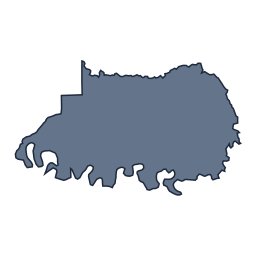 Santo Ângelo, Rio Grande do Sul, Brazil (orthographic projection)
{"feature_id": "56859067B98456999895328", "entity_name": "Santo Ângelo", "entity_type": "district", "adm_level": 2, "iso_a3": "BRA", "parent_name": "Brazil", "parent_adm1": "Rio Grande do Sul", "projection": "orthographic", "projection_center": [-54.307, -28.25], "detail": "fine", "context": "isolated", "style": "filled", "palette": "slate", "viewbox_px": 256, "rotation_deg": 0, "n_neighbors": 0, "source": "geoboundaries", "source_scale": "gbopen_adm2", "svg_char_len": 4060}
<svg xmlns="http://www.w3.org/2000/svg" viewBox="0 0 256 256"><path d="M200.7,63.4L198.1,63.2L196.2,64.9L192.3,64.4L189.9,66.0L188.8,67.1L186.0,65.4L183.0,65.4L178.6,66.7L176.4,69.2L174.7,68.3L172.3,69.6L170.4,70.4L169.6,72.2L167.0,73.4L164.9,73.7L165.3,75.6L162.9,78.0L160.5,75.6L158.0,77.5L155.7,78.0L154.7,76.9L152.8,78.0L151.1,78.4L148.3,78.2L147.6,76.5L145.0,76.3L143.6,77.6L142.0,77.2L140.4,75.6L139.0,75.9L136.9,74.8L134.7,75.9L132.3,76.5L131.1,75.5L128.8,75.8L125.8,75.3L122.6,76.6L120.4,76.4L116.5,73.3L114.9,73.7L114.0,75.4L112.3,75.0L110.6,75.7L105.8,74.8L104.3,75.2L103.8,72.5L100.6,70.4L99.3,72.9L99.7,74.6L98.6,77.2L97.2,75.7L94.5,75.2L92.4,76.1L89.4,74.6L90.5,72.5L90.6,70.5L89.2,69.5L86.3,68.8L84.0,66.0L84.9,63.5L83.8,61.6L81.9,61.0L81.9,82.6L82.1,91.5L82.2,94.8L61.4,95.5L61.6,108.9L61.0,113.7L58.5,114.3L56.0,114.6L53.3,115.8L50.9,116.7L48.1,117.5L46.4,119.2L45.4,121.5L43.4,123.3L42.2,125.0L38.3,129.5L36.9,131.7L35.4,133.0L32.1,134.4L29.8,136.1L26.3,136.9L22.9,139.2L22.1,141.4L22.6,143.4L20.4,144.3L19.5,147.4L18.8,148.8L16.9,150.6L15.4,154.1L15.9,157.7L17.9,159.1L23.5,160.2L25.4,165.2L27.3,167.6L32.3,166.8L32.5,164.7L31.4,162.4L27.5,157.8L26.6,155.3L26.0,150.3L26.0,148.1L26.5,146.3L27.9,144.5L29.7,143.2L31.6,142.7L33.4,143.3L34.8,144.8L33.1,151.0L34.1,158.8L36.2,164.3L38.5,166.9L41.7,166.4L43.0,165.3L42.6,162.0L40.6,156.2L40.8,154.2L41.7,152.2L44.3,151.0L49.6,150.6L54.9,152.8L55.9,153.9L57.6,158.2L57.6,162.4L58.1,164.8L56.6,165.8L52.5,162.9L50.4,162.9L48.5,164.4L47.5,166.2L46.3,170.2L44.9,173.8L48.1,171.3L53.2,167.9L56.3,169.5L56.9,171.3L55.4,177.6L59.5,179.0L63.8,180.3L66.3,179.5L70.9,177.3L70.6,168.5L71.9,169.5L75.6,178.1L77.6,179.1L79.9,177.6L82.4,172.9L85.7,169.7L87.6,166.2L90.5,165.1L93.2,166.9L93.1,169.2L91.9,171.3L88.7,174.6L88.6,176.7L90.4,184.6L92.7,185.4L96.6,179.4L99.7,177.8L101.7,178.3L102.4,180.0L102.5,182.8L102.8,186.1L105.3,186.0L107.6,186.2L109.4,186.4L112.3,187.6L113.5,185.1L115.0,183.3L115.5,179.6L116.0,177.2L116.0,174.7L116.3,171.9L116.9,169.6L118.5,168.3L121.1,167.3L123.2,167.5L124.9,168.7L124.2,170.8L123.5,173.3L125.5,175.5L128.0,176.1L130.3,176.1L132.7,175.1L133.2,173.0L133.1,170.8L132.7,168.0L132.4,166.2L134.2,164.7L136.9,164.3L138.8,163.9L140.7,163.8L142.5,164.3L143.6,165.7L143.7,168.1L142.1,169.9L140.1,170.5L138.4,170.9L137.1,172.0L137.2,173.8L138.1,175.4L138.7,177.8L139.3,180.3L141.2,181.8L143.0,182.4L144.2,184.1L145.4,186.3L146.5,188.1L147.1,189.6L149.6,190.1L151.5,189.3L153.2,188.5L154.8,188.6L156.3,188.2L158.3,187.1L159.2,183.8L157.5,181.6L156.6,179.9L156.4,178.0L156.4,175.2L157.1,172.9L159.0,171.8L161.2,171.2L163.6,169.3L165.8,169.1L167.2,171.3L168.8,172.8L170.2,172.0L171.6,170.6L173.2,170.0L174.3,171.6L174.9,173.6L174.3,176.3L172.6,178.0L171.1,178.9L169.3,179.3L164.6,179.2L163.6,181.5L163.3,183.3L163.8,185.2L165.6,185.8L167.2,186.9L168.3,189.3L169.5,191.1L173.0,193.2L176.4,194.7L178.5,195.0L180.0,194.8L181.4,194.1L180.8,192.4L178.6,191.5L177.1,190.9L175.3,189.4L174.1,187.7L173.2,184.9L174.1,182.4L177.5,179.5L179.9,180.5L181.8,181.1L183.4,180.6L184.8,179.6L186.7,179.5L189.4,179.7L195.3,180.2L197.0,178.6L197.1,176.4L199.2,174.2L200.7,174.5L202.7,175.4L204.2,176.2L205.9,175.9L207.9,174.8L210.5,174.6L211.5,176.5L211.7,178.4L212.9,179.8L215.3,179.0L216.9,178.4L219.1,178.1L218.4,176.5L217.9,174.8L221.9,170.2L224.7,171.3L224.5,169.5L225.3,167.6L223.9,165.8L222.5,163.2L223.3,161.0L226.6,161.1L228.8,160.3L229.1,157.6L226.4,155.9L226.9,153.8L225.9,148.7L228.4,145.3L229.2,143.9L229.9,146.8L230.9,147.9L232.9,146.1L232.9,143.7L233.9,141.7L235.4,141.2L238.9,144.1L240.6,143.4L239.2,141.9L239.0,138.6L238.0,137.3L237.2,133.1L239.4,132.6L237.8,130.9L234.4,129.7L232.7,128.6L233.5,124.2L237.7,123.0L237.6,119.4L237.7,117.1L236.1,116.1L233.2,108.3L231.9,107.1L231.6,105.2L230.1,103.7L229.3,100.8L227.4,98.8L226.7,96.0L225.8,94.0L227.1,92.4L227.7,90.2L225.6,89.0L223.3,86.0L222.1,83.9L220.5,81.6L218.2,78.0L216.8,77.3L215.7,76.1L213.9,74.1L210.9,74.8L209.0,74.4L204.6,71.6L201.6,73.0L202.9,69.9L202.1,68.3L200.7,63.4Z" fill="#64748b" stroke="#1e293b" stroke-width="1.5"/></svg>